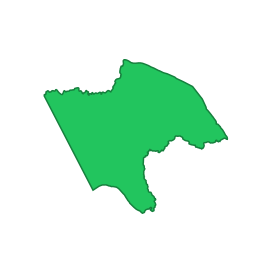 the district of Lalay Gash, Gash Barka, Eritrea, rotated 125°
{"feature_id": "51966322B3150290200372", "entity_name": "Lalay Gash", "entity_type": "district", "adm_level": 2, "iso_a3": "ERI", "parent_name": "Eritrea", "parent_adm1": "Gash Barka", "projection": "albers", "projection_center": [37.404, 14.623], "detail": "fine", "context": "isolated", "style": "filled", "palette": "green", "viewbox_px": 256, "rotation_deg": 125, "n_neighbors": 0, "source": "geoboundaries", "source_scale": "gbopen_adm2", "svg_char_len": 5704}
<svg xmlns="http://www.w3.org/2000/svg" viewBox="0 0 256 256"><g transform="rotate(125 128 128)"><path d="M80.3,40.2L79.7,40.5L78.7,41.5L78.2,42.7L78.0,43.8L77.2,45.4L76.6,46.5L75.2,49.7L74.9,51.2L74.7,52.1L74.1,53.0L73.4,56.2L73.5,57.0L74.0,57.8L74.0,58.1L72.8,58.9L72.4,59.3L71.5,60.9L71.4,61.7L70.1,65.1L69.9,66.1L69.5,67.1L68.0,72.3L67.5,74.8L66.2,76.0L61.7,83.7L57.0,98.9L58.4,109.4L59.7,116.7L59.5,118.9L61.1,126.9L61.6,128.4L62.0,129.4L62.5,131.1L63.1,135.0L63.5,136.3L63.6,137.4L63.9,139.5L64.1,141.1L64.8,144.1L65.1,146.9L65.7,149.6L66.6,153.0L67.5,155.0L68.5,156.5L70.4,158.7L71.8,160.7L72.7,163.0L72.7,165.6L73.1,168.0L73.8,169.6L74.3,170.3L74.5,170.2L75.3,170.5L75.8,170.4L78.0,168.5L80.1,167.9L80.5,168.0L80.6,168.5L81.3,168.6L81.5,169.0L84.1,168.2L85.1,167.6L86.1,167.3L86.7,166.6L87.2,166.5L87.4,166.2L87.6,165.7L87.8,165.0L88.3,164.2L89.0,164.1L89.6,163.7L90.5,163.3L91.5,163.2L92.0,163.3L92.6,163.7L94.3,165.2L95.3,165.6L96.5,165.6L97.4,165.4L97.7,165.0L98.0,164.2L98.3,164.0L99.7,164.1L100.2,164.0L100.6,163.8L102.0,163.9L102.3,164.0L103.0,163.9L103.3,163.8L103.5,163.1L104.1,162.9L106.7,162.9L107.5,163.0L108.2,162.8L108.3,162.9L108.4,163.3L108.3,164.3L108.4,165.1L108.8,165.8L110.0,166.3L111.0,166.4L112.1,166.7L112.4,167.1L112.9,168.2L112.9,169.0L113.5,169.5L113.9,169.6L115.1,169.1L115.4,169.2L115.6,169.4L115.6,169.7L114.9,170.3L114.7,170.6L114.8,171.4L115.1,171.7L116.9,172.5L117.6,173.3L117.6,174.0L117.7,174.4L118.4,174.9L119.6,175.3L119.8,175.5L119.8,176.2L119.6,176.6L119.5,176.9L119.4,177.2L119.5,177.5L120.2,177.7L120.8,177.3L121.1,177.2L121.4,177.5L121.4,178.4L121.9,179.2L122.3,179.3L123.3,178.8L123.5,179.0L123.4,179.7L123.2,180.2L122.8,180.5L121.5,180.9L121.2,181.1L121.2,181.4L121.4,181.9L121.5,182.6L121.4,182.8L121.2,183.1L121.2,183.4L121.3,183.7L121.6,183.8L122.6,183.7L123.8,183.7L124.2,183.9L124.7,184.5L125.0,184.6L125.6,184.4L125.7,184.7L125.8,185.2L125.4,185.7L125.0,186.5L124.6,187.8L124.8,188.2L125.5,188.6L125.7,189.2L125.0,190.1L124.6,190.4L124.2,190.5L123.6,191.3L123.6,191.7L123.7,192.0L124.3,192.7L126.0,194.2L126.3,194.3L127.4,194.1L127.7,194.2L129.1,195.8L129.6,196.2L130.0,196.9L130.3,197.2L131.5,197.4L131.9,197.8L133.1,199.2L133.9,199.5L134.1,199.8L133.9,201.2L134.0,201.5L134.6,201.7L134.9,201.7L136.3,201.2L138.2,201.0L138.6,201.6L138.8,202.1L138.7,204.6L138.3,206.1L138.3,206.4L138.0,206.9L137.7,207.9L137.8,208.9L138.1,209.1L139.6,209.1L139.8,209.3L140.1,209.8L140.5,210.9L140.7,211.2L141.6,211.8L142.1,211.7L142.5,211.9L143.7,212.8L143.8,213.0L143.7,213.2L143.3,214.3L143.6,215.1L144.6,215.5L145.1,215.5L145.4,215.8L146.8,215.1L147.1,214.8L147.6,214.8L148.1,214.9L148.4,215.5L148.9,215.6L149.5,215.0L149.8,215.0L199.0,121.0L192.2,118.3L190.3,117.0L189.0,116.0L188.6,115.2L187.2,113.4L186.9,112.9L187.0,112.8L186.9,112.2L186.5,111.2L186.4,110.4L185.7,109.2L185.6,108.1L185.3,107.8L184.3,106.3L183.9,105.3L183.7,105.0L183.4,104.2L183.1,103.7L183.0,101.9L183.1,100.3L184.6,93.9L184.7,92.8L186.1,89.7L186.8,87.9L187.4,86.6L187.9,84.5L188.4,83.7L188.6,83.2L188.9,81.3L189.5,77.8L189.8,74.7L189.5,72.0L189.1,71.2L189.3,69.5L189.5,68.6L189.5,67.3L188.2,66.4L187.6,66.2L187.4,66.4L186.8,66.5L185.3,66.6L184.8,66.5L183.1,65.4L182.5,64.5L181.5,64.3L180.1,63.9L179.9,63.6L179.8,63.1L180.0,62.7L180.8,62.5L182.1,62.8L182.3,62.5L182.4,60.7L182.3,60.2L182.2,60.1L181.0,59.4L180.7,59.4L180.4,59.6L179.6,60.2L179.2,60.7L177.9,60.8L177.3,60.5L176.1,61.3L175.5,61.1L175.0,61.3L174.7,61.5L173.9,62.6L173.0,64.5L172.5,64.6L170.9,64.2L170.7,64.5L170.8,64.8L170.2,65.1L170.5,65.6L170.2,66.3L169.8,66.6L169.3,67.5L169.2,68.0L169.2,68.9L169.1,69.8L167.9,71.7L167.6,72.3L167.7,72.7L168.4,73.6L168.4,74.1L168.3,74.7L168.0,75.1L167.0,76.1L166.9,76.3L166.4,77.3L164.6,78.0L163.9,79.1L163.3,79.5L163.2,79.7L163.3,80.5L163.2,80.9L162.9,81.3L162.1,81.9L161.5,82.6L160.7,83.1L160.6,84.3L160.2,85.7L159.8,86.2L159.6,86.4L158.7,86.5L158.5,87.1L157.3,87.9L157.3,88.3L157.1,88.6L155.7,89.3L155.1,89.9L154.1,90.4L151.8,90.8L151.4,91.7L151.2,91.9L149.8,93.0L149.7,93.9L149.2,94.3L149.0,94.8L148.6,95.0L148.1,95.4L147.7,95.5L144.1,97.8L143.5,98.1L143.2,98.1L141.4,97.1L141.1,97.2L141.1,97.4L140.9,97.6L140.7,97.6L139.4,96.4L137.3,96.8L137.2,96.9L137.4,97.1L137.2,97.7L136.7,98.2L136.0,97.8L135.8,97.6L135.4,97.5L135.0,97.8L134.3,97.8L133.1,97.7L133.5,96.6L133.4,96.5L132.9,96.4L132.8,95.9L132.8,95.1L132.7,94.8L132.5,94.3L131.9,93.8L131.7,93.5L131.2,92.1L130.9,91.7L130.6,91.5L130.1,91.3L129.5,90.3L130.5,89.4L130.3,88.5L129.8,88.1L128.8,88.0L128.0,87.7L126.9,87.7L126.7,87.4L126.9,87.0L126.4,86.1L126.2,86.0L125.9,86.2L124.7,86.4L124.4,86.2L123.7,86.2L123.3,86.4L122.5,87.0L121.9,86.7L121.3,86.5L120.3,85.8L119.0,85.9L118.2,86.1L117.5,85.7L117.0,85.9L116.8,86.5L116.0,87.3L115.7,87.2L115.2,86.9L114.6,86.7L114.4,86.6L114.1,86.2L114.0,85.6L113.6,85.1L112.3,84.3L111.3,83.9L110.3,83.7L109.4,83.9L108.5,84.4L108.1,84.5L107.7,84.4L107.0,84.1L106.4,82.8L104.7,80.8L104.6,80.5L104.7,80.0L104.5,79.1L104.5,77.9L104.6,77.6L105.5,76.8L105.5,75.3L105.4,74.0L105.2,73.5L105.1,73.0L104.5,72.1L104.3,70.9L104.4,70.1L104.5,69.7L105.9,69.0L105.7,67.6L105.6,67.2L105.3,66.9L105.2,66.0L104.6,65.0L104.2,63.9L103.6,63.1L103.7,62.8L104.5,62.1L104.7,61.7L104.7,61.4L104.7,61.2L104.1,60.7L104.0,60.0L104.0,59.1L103.3,58.4L103.3,58.1L103.4,57.3L102.7,56.2L102.8,55.6L102.3,55.7L101.6,55.0L101.3,55.0L99.8,55.1L98.7,55.6L98.2,56.1L97.5,57.0L97.0,57.2L96.4,57.2L95.2,55.8L93.7,54.9L93.3,54.3L93.0,53.5L93.0,52.2L92.9,51.7L92.3,51.1L91.5,49.9L89.7,48.6L88.9,48.4L87.9,48.9L87.5,48.7L87.3,48.4L87.2,48.3L87.2,48.2L87.6,48.0L87.7,47.9L87.4,46.0L86.5,45.8L86.4,45.6L86.3,45.0L86.0,45.0L85.1,45.2L84.5,45.0L81.1,43.3L80.7,42.6L80.6,40.7L80.3,40.2Z" fill="#22c55e" stroke="#15803d" stroke-width="1.5"/></g></svg>